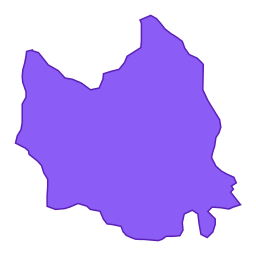 Suncheon-si, South Jeolla, South Korea
{"feature_id": "91817680B16002130574290", "entity_name": "Suncheon-si", "entity_type": "district", "adm_level": 2, "iso_a3": "KOR", "parent_name": "South Korea", "parent_adm1": "South Jeolla", "projection": "mercator", "projection_center": [127.399, 35.008], "detail": "fine", "context": "isolated", "style": "filled", "palette": "violet", "viewbox_px": 256, "rotation_deg": 0, "n_neighbors": 0, "source": "geoboundaries", "source_scale": "gbopen_adm2", "svg_char_len": 1474}
<svg xmlns="http://www.w3.org/2000/svg" viewBox="0 0 256 256"><path d="M32.3,50.0L26.6,51.4L26.0,56.3L24.7,63.1L22.8,70.0L22.2,76.8L22.8,82.4L26.0,91.7L26.0,97.3L22.2,104.1L22.2,114.7L22.2,122.7L21.0,129.6L17.3,135.8L15.5,143.1L25.3,148.1L28.5,150.9L29.1,154.4L37.7,161.2L41.5,165.5L43.9,173.0L47.7,179.2L47.7,186.6L47.1,196.0L47.1,206.3L55.5,209.4L64.7,208.6L69.5,207.1L78.1,203.5L86.8,206.1L90.3,209.4L100.0,211.2L103.5,219.3L107.1,223.9L112.7,224.6L121.1,226.4L123.1,231.7L126.2,235.3L130.5,237.3L135.3,239.1L139.9,239.4L144.0,239.4L158.1,240.6L161.9,239.4L166.2,236.3L173.0,236.3L179.9,235.7L183.0,230.1L182.3,222.6L184.2,214.0L192.3,210.2L197.9,214.0L199.1,223.9L201.0,234.4L207.2,237.5L212.8,232.0L215.2,224.5L215.2,218.9L207.8,211.5L212.1,207.1L220.8,207.7L228.9,209.0L233.2,207.1L236.9,205.9L240.5,204.7L240.4,204.6L230.6,192.1L233.4,189.2L231.4,186.0L234.1,184.3L236.3,182.9L233.9,177.3L227.0,174.2L221.4,171.1L215.9,166.2L211.5,157.5L212.8,151.9L214.6,146.3L215.9,137.6L219.0,132.7L220.8,127.1L219.6,119.6L211.5,106.6L207.8,100.4L202.8,89.8L203.3,64.6L202.2,63.1L197.2,58.2L189.2,54.5L184.8,48.3L182.3,41.4L177.4,37.7L170.6,33.4L165.0,29.0L160.6,23.4L156.3,18.5L150.7,15.4L140.0,20.0L141.4,23.4L141.4,32.1L141.4,41.4L140.8,47.6L127.1,56.3L124.6,62.5L119.0,69.4L111.6,71.2L103.5,73.7L102.9,79.3L99.2,88.0L90.5,89.8L81.2,83.0L72.5,79.3L65.0,78.0L58.2,70.6L48.3,65.0L43.9,59.4L38.4,52.6L32.2,50.7L32.3,50.0Z" fill="#8b5cf6" stroke="#5b21b6" stroke-width="1.5"/></svg>